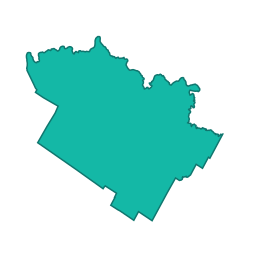 outline of Monte, Buenos Aires, Argentina, rotated 168°
{"feature_id": "61730980B93860432283235", "entity_name": "Monte", "entity_type": "district", "adm_level": 2, "iso_a3": "ARG", "parent_name": "Argentina", "parent_adm1": "Buenos Aires", "projection": "equal_earth", "projection_center": [-58.915, -35.5], "detail": "fine", "context": "isolated", "style": "filled", "palette": "teal", "viewbox_px": 256, "rotation_deg": 168, "n_neighbors": 0, "source": "geoboundaries", "source_scale": "gbopen_adm2", "svg_char_len": 5869}
<svg xmlns="http://www.w3.org/2000/svg" viewBox="0 0 256 256"><g transform="rotate(168 128 128)"><path d="M188.1,99.0L165.0,73.8L163.7,75.1L162.3,76.1L152.8,66.6L155.6,62.9L155.3,62.7L160.9,56.0L155.0,50.2L153.2,48.7L141.5,36.5L135.1,44.0L123.7,32.3L103.1,56.5L91.9,69.2L88.6,66.0L86.8,66.0L85.6,66.6L85.0,67.7L85.0,67.9L85.1,68.1L84.5,68.4L84.5,68.7L83.9,68.4L82.4,68.5L81.6,68.2L81.2,68.6L80.6,67.6L79.7,67.6L76.6,69.1L68.9,78.3L63.5,73.1L55.4,82.7L54.2,81.4L36.6,102.3L37.0,102.4L37.8,102.0L38.6,102.5L38.9,101.9L39.9,101.5L40.6,101.5L40.9,101.1L41.2,101.0L41.4,101.3L41.4,101.6L40.7,102.2L40.7,102.5L40.8,102.7L41.1,103.0L41.7,103.2L42.2,103.6L42.6,103.7L43.3,103.3L43.7,103.4L43.9,103.7L43.8,104.4L44.7,104.9L45.6,106.6L46.6,107.6L46.7,108.3L46.9,108.5L47.8,109.0L48.2,109.0L49.1,108.7L49.8,109.1L50.9,109.1L52.1,109.5L52.4,109.7L52.5,110.0L51.8,110.1L51.7,110.4L51.8,110.7L53.1,111.4L53.8,111.5L54.0,112.1L54.6,112.3L55.0,112.7L55.3,112.6L55.6,112.1L56.2,112.2L56.8,111.9L57.4,112.4L57.9,112.9L59.4,113.2L59.9,114.1L60.4,114.0L60.9,113.3L61.2,113.4L61.3,113.7L61.0,114.6L61.5,115.1L61.5,115.4L61.0,116.0L61.0,116.4L62.0,117.3L62.4,118.0L62.6,118.0L63.2,117.7L63.8,117.9L64.0,117.9L64.8,117.0L65.6,116.4L65.7,116.6L65.5,117.2L65.8,117.8L65.5,118.7L65.6,119.3L66.0,119.6L67.3,119.9L68.5,120.7L68.3,120.9L67.6,121.3L66.9,122.0L66.9,122.8L66.4,123.4L66.2,124.4L66.4,125.8L66.4,126.5L66.2,127.2L65.8,127.8L65.6,128.1L65.6,128.7L65.3,129.2L63.8,130.1L63.5,130.8L63.4,131.2L63.6,131.8L64.3,132.6L64.8,133.4L64.4,133.8L64.0,133.9L63.0,133.7L62.5,134.1L62.3,134.5L62.3,135.6L62.0,136.3L61.6,136.5L61.2,136.4L60.8,135.9L60.4,135.4L60.0,134.3L59.3,134.2L58.9,134.5L58.6,135.0L58.7,137.0L58.5,137.8L57.3,138.8L57.3,139.4L57.4,139.7L58.2,140.6L58.3,140.9L58.0,141.2L57.4,141.0L57.1,141.0L57.1,141.3L57.0,141.9L57.4,142.4L57.4,142.6L57.3,142.9L56.6,143.5L56.5,143.8L57.0,144.2L57.0,144.8L56.7,145.3L56.9,146.2L56.7,146.5L56.9,147.6L57.1,147.8L58.0,148.4L58.8,147.6L59.5,147.7L60.3,147.2L60.5,147.3L60.8,149.9L60.3,151.2L59.4,152.1L57.9,151.3L55.5,150.3L54.3,149.9L52.4,149.7L51.9,149.1L51.5,149.0L50.2,149.8L49.7,151.1L49.8,151.8L50.3,152.6L50.3,153.0L50.5,153.1L51.0,154.6L51.3,155.3L52.0,155.7L52.9,156.8L53.5,157.0L54.3,156.8L55.2,157.0L55.9,156.8L57.9,156.9L58.7,156.6L59.1,156.7L60.5,156.4L60.8,156.6L61.2,157.2L61.6,157.3L61.8,157.6L62.0,158.4L62.0,159.8L61.8,160.7L62.0,161.8L62.3,162.5L62.5,163.0L63.1,163.7L63.2,164.1L63.1,164.6L63.1,165.2L63.7,165.9L65.2,166.0L66.0,165.7L66.7,165.3L68.0,164.0L68.9,163.3L69.5,163.4L70.5,163.8L71.5,163.7L74.2,162.8L75.7,161.9L76.8,161.0L77.7,161.4L78.4,162.2L78.1,163.3L78.2,163.6L78.9,164.0L79.1,165.0L80.4,166.2L80.8,167.0L81.5,167.7L81.6,168.0L81.7,169.9L82.3,170.6L82.4,171.5L82.8,171.9L83.6,171.7L83.9,171.9L84.3,173.1L85.3,173.9L86.1,173.7L86.8,173.4L88.2,174.0L89.3,173.9L90.7,173.5L91.6,172.5L93.2,169.8L94.1,168.9L95.2,168.5L95.5,167.5L95.9,167.3L97.2,167.5L97.8,167.4L97.8,167.0L97.2,165.4L96.8,165.1L96.2,165.0L95.9,164.7L95.9,164.2L96.1,163.8L96.8,163.1L98.7,162.1L99.2,162.0L99.6,162.1L99.9,162.4L100.1,163.5L100.6,163.7L101.2,163.7L101.9,163.1L102.7,163.0L103.6,162.7L103.9,162.8L104.0,164.5L104.5,165.5L104.5,166.0L104.8,166.5L104.9,167.1L103.6,168.8L103.5,169.2L103.3,170.2L103.8,171.3L103.3,171.9L102.4,172.0L102.0,173.2L103.2,174.5L103.4,175.1L103.4,176.3L104.2,176.9L104.4,178.2L105.2,179.7L105.4,180.5L106.9,182.0L107.7,182.2L110.5,183.9L111.4,184.1L113.7,184.1L114.3,184.2L114.7,184.5L115.0,185.3L115.8,186.3L115.9,187.2L116.3,188.0L116.5,189.0L116.8,190.0L116.5,190.7L116.4,191.1L115.9,191.7L115.6,192.5L114.6,193.2L114.2,193.8L114.2,194.1L114.3,195.0L114.7,195.6L115.0,195.8L116.5,195.9L117.0,196.3L117.2,196.5L117.3,196.9L117.2,197.3L117.3,197.8L117.9,197.8L118.6,197.4L119.1,197.6L119.7,197.6L120.9,197.8L121.8,197.8L122.3,198.1L122.9,199.3L124.6,199.1L125.3,198.7L125.8,199.2L126.1,200.0L126.4,200.1L126.6,200.6L127.0,200.8L127.9,201.0L128.4,201.5L128.5,201.3L128.9,201.8L129.5,202.0L129.9,202.4L130.5,203.3L130.6,203.9L130.4,205.0L131.3,207.0L131.3,208.2L132.6,209.4L133.0,211.0L133.1,211.5L133.6,212.2L134.1,212.3L135.0,213.3L135.7,214.9L136.5,216.1L137.2,218.0L137.3,218.7L136.6,221.2L136.5,222.2L136.5,222.8L136.9,223.3L138.4,223.7L139.0,223.5L140.8,222.4L141.9,220.6L142.3,219.2L142.4,218.3L143.2,215.7L144.0,214.3L145.4,213.5L146.3,213.5L147.1,213.1L147.8,213.0L148.6,212.5L149.1,211.6L150.1,210.7L150.3,210.7L151.1,211.1L151.7,211.2L152.7,211.6L153.9,211.4L156.0,212.4L157.5,212.5L158.2,213.0L158.6,213.5L159.3,213.6L160.1,213.5L160.4,213.0L160.7,212.2L160.9,212.1L161.2,212.5L162.2,212.9L162.9,213.6L163.3,213.6L163.7,213.1L164.5,212.9L165.0,211.9L165.3,211.7L165.8,211.9L166.0,212.1L166.3,213.0L166.7,215.2L166.4,215.9L166.0,216.4L165.8,217.0L165.8,217.4L166.0,218.2L166.9,219.2L168.2,219.7L169.8,219.5L171.0,218.8L172.5,218.6L173.1,218.7L173.5,219.1L173.5,220.0L173.6,221.0L174.1,221.3L175.1,221.6L176.6,221.4L177.4,220.9L178.0,220.3L178.5,219.2L178.8,218.8L180.0,218.0L180.7,217.9L181.0,218.0L181.9,219.2L182.8,219.9L183.7,221.0L184.7,221.2L185.4,221.0L186.5,221.2L186.8,220.9L187.2,220.1L187.7,219.9L189.2,220.9L189.9,221.0L190.7,220.5L192.6,219.8L193.3,219.3L193.8,219.2L194.6,219.1L195.9,220.1L196.8,219.9L197.4,220.1L198.3,220.1L199.5,219.7L200.1,219.2L200.5,217.4L200.3,215.8L200.8,214.1L200.8,213.7L200.6,213.1L200.7,212.1L201.2,211.6L201.6,211.4L202.0,211.4L202.8,211.7L203.3,211.5L203.8,210.9L204.3,211.0L205.5,211.9L206.4,213.6L206.6,215.7L206.4,216.5L206.7,217.3L207.3,218.1L207.8,220.0L207.6,221.4L207.9,221.9L208.5,222.2L209.4,222.5L210.5,222.4L210.8,222.3L211.6,221.2L212.1,220.4L212.4,219.4L212.7,217.6L212.6,216.4L212.9,214.8L213.0,212.4L213.6,209.9L214.5,207.8L214.7,207.2L214.5,206.1L214.8,205.4L211.0,189.9L210.2,186.3L209.2,184.3L211.1,182.1L204.4,175.2L191.8,163.9L196.2,157.7L206.8,146.5L219.4,132.4L188.1,99.0Z" fill="#14b8a6" stroke="#0f766e" stroke-width="1.5"/></g></svg>